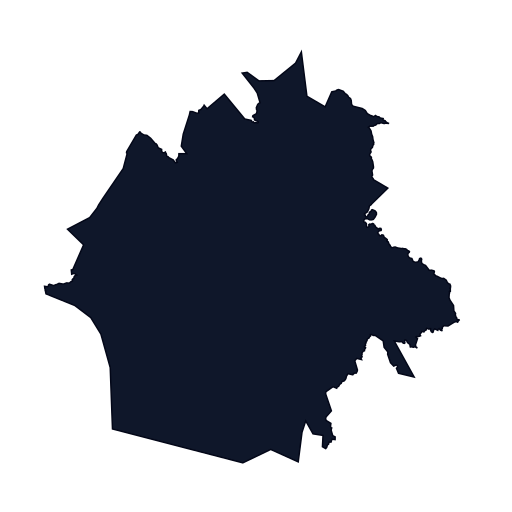 Nonoava, Chihuahua, Mexico (Mercator projection), rotated 5°
{"feature_id": "50627088B56778654963511", "entity_name": "Nonoava", "entity_type": "district", "adm_level": 2, "iso_a3": "MEX", "parent_name": "Mexico", "parent_adm1": "Chihuahua", "projection": "mercator", "projection_center": [-106.555, 27.45], "detail": "fine", "context": "isolated", "style": "filled", "palette": "ink", "viewbox_px": 512, "rotation_deg": 5, "n_neighbors": 0, "source": "geoboundaries", "source_scale": "gbopen_adm2", "svg_char_len": 6092}
<svg xmlns="http://www.w3.org/2000/svg" viewBox="0 0 512 512"><g transform="rotate(5 256 256)"><path d="M287.5,447.4L316.0,457.4L317.2,427.6L319.9,415.9L328.3,428.2L338.4,428.9L338.8,440.2L342.2,441.8L343.1,440.5L343.6,438.1L344.7,437.1L344.9,435.1L347.0,434.8L347.6,431.9L350.8,432.0L350.6,429.3L348.1,428.3L346.0,422.9L346.4,420.7L345.5,420.5L345.1,419.0L345.2,416.2L340.4,413.8L339.5,412.3L339.8,410.2L344.6,403.7L337.4,387.3L337.4,385.2L344.1,379.5L347.9,380.7L348.3,379.4L349.6,378.7L350.6,376.5L352.0,375.4L352.3,374.1L353.2,373.3L354.5,372.9L355.5,371.7L356.2,370.3L356.6,367.8L357.9,365.2L362.6,365.9L363.0,365.7L363.3,364.6L363.9,364.6L364.2,364.1L366.1,363.9L366.9,361.8L367.0,360.7L363.5,351.8L365.3,349.2L370.2,350.0L369.3,348.2L370.5,347.2L369.8,345.6L370.3,344.5L369.9,343.3L371.4,341.2L372.3,341.0L372.4,339.3L373.2,337.9L372.9,337.5L372.0,337.5L371.8,337.1L372.2,336.0L372.9,335.6L372.5,333.4L373.3,332.9L372.8,332.1L374.0,330.7L373.9,329.7L374.4,328.7L375.7,327.9L376.1,326.7L377.2,325.5L376.8,324.3L378.2,324.1L379.6,324.9L380.7,324.9L381.5,324.6L390.1,329.5L391.6,335.8L395.7,340.1L395.7,342.4L399.3,350.6L402.8,353.7L405.2,352.3L406.3,352.9L406.7,354.3L405.7,355.6L408.2,360.4L424.1,362.8L401.1,328.6L406.2,329.0L408.7,328.6L410.3,330.0L411.5,330.1L411.9,329.6L411.4,327.5L411.6,326.7L412.2,326.5L413.7,327.4L413.9,328.2L414.7,329.2L417.2,330.8L417.2,331.8L417.7,333.2L418.7,332.9L420.8,333.2L422.3,332.5L424.1,333.4L424.2,333.1L423.2,332.6L422.6,330.6L424.1,324.2L422.3,322.8L422.8,322.2L425.2,322.0L426.9,321.1L426.1,319.8L426.5,318.9L427.4,317.9L427.5,316.7L429.9,317.0L430.4,315.9L431.9,314.9L432.1,313.3L432.3,313.1L434.7,313.8L435.5,313.1L436.3,313.1L436.4,314.6L437.2,316.1L438.4,316.8L439.0,316.5L439.5,314.2L440.3,313.0L443.6,314.2L443.9,313.1L444.7,312.3L446.2,313.8L447.6,314.2L447.8,313.8L447.2,312.9L447.9,312.0L447.8,310.9L449.1,309.1L453.4,309.0L459.1,304.7L461.7,303.6L462.3,304.4L462.7,304.3L463.1,303.2L464.0,302.1L463.8,301.8L462.8,301.8L461.3,301.1L461.3,300.1L460.6,299.6L460.3,298.4L459.7,297.9L459.8,295.8L457.9,293.4L457.1,288.1L453.1,283.1L451.9,280.7L451.8,277.3L452.0,276.0L451.7,274.6L452.0,274.2L452.5,274.5L452.7,274.3L452.4,271.6L452.0,271.2L452.5,270.9L452.5,268.9L451.6,267.1L450.7,267.0L449.0,265.9L447.6,263.5L444.9,261.9L443.7,262.2L442.1,262.0L437.7,260.2L436.8,260.3L435.8,259.1L434.6,258.4L435.1,256.1L434.7,255.3L432.1,254.8L429.9,255.2L425.7,250.6L424.0,250.1L421.9,249.0L421.3,247.2L421.1,245.8L421.4,245.3L421.0,244.0L420.1,243.8L419.2,244.3L418.9,245.8L418.0,247.6L417.5,247.9L415.1,248.4L413.0,247.7L411.5,244.9L409.0,244.5L407.7,243.1L407.1,241.7L407.3,240.0L408.3,239.0L408.5,238.3L407.9,237.7L406.4,237.3L405.5,236.3L404.2,235.8L402.4,235.9L401.6,235.6L400.3,235.9L396.3,235.6L393.9,234.9L392.5,235.2L391.8,235.7L390.3,235.8L389.1,234.6L388.5,233.4L387.8,233.1L386.4,230.3L385.3,230.0L385.1,229.2L385.4,228.8L385.3,228.2L383.1,226.7L382.3,226.6L381.1,224.2L379.6,223.9L379.1,224.3L379.0,225.0L377.8,225.1L376.8,224.3L376.3,223.5L375.4,223.0L375.2,222.1L376.1,220.7L376.9,220.0L378.2,219.8L378.5,219.4L378.5,218.4L377.9,217.6L376.4,217.7L376.1,218.3L375.4,218.4L372.7,216.7L371.7,215.1L370.8,214.7L370.4,213.8L369.4,213.4L367.5,214.4L366.3,214.3L365.6,215.1L366.0,216.3L365.7,217.2L364.7,217.7L363.6,217.2L363.1,214.0L361.7,212.8L360.6,212.8L360.2,212.3L360.4,210.8L360.9,209.8L361.3,209.6L363.7,209.1L366.2,210.1L368.1,209.9L369.7,209.3L371.2,206.9L372.4,203.9L372.1,202.1L370.6,200.6L367.9,199.7L367.2,200.0L366.6,201.6L365.9,201.9L365.1,202.9L365.2,204.3L364.1,205.2L363.8,206.4L362.9,207.4L361.9,207.4L361.1,205.5L360.5,205.0L360.4,204.4L362.7,202.8L363.3,201.8L364.3,199.0L364.6,196.2L366.3,194.8L366.7,194.0L381.4,176.9L366.5,169.8L366.0,168.8L364.6,167.3L364.4,166.5L365.1,165.2L364.0,160.9L364.6,159.2L365.3,158.2L365.3,157.1L364.1,152.0L362.9,149.6L362.3,149.1L362.4,147.8L361.8,147.0L360.7,146.4L360.3,145.3L360.6,144.1L361.5,142.6L361.5,142.0L361.0,141.2L361.0,139.3L362.5,137.7L362.8,135.5L363.5,134.6L363.2,133.7L363.6,133.0L362.3,129.5L361.8,127.0L360.6,124.6L359.7,121.4L357.5,118.4L356.7,117.9L357.9,116.8L361.6,116.4L362.2,115.7L363.9,115.1L364.7,114.0L365.7,113.4L367.3,113.3L368.8,112.3L372.1,112.9L373.6,112.4L377.0,112.4L374.8,111.7L373.4,110.7L372.9,110.0L370.9,109.5L370.6,108.7L370.7,108.0L367.7,107.7L366.5,106.7L364.3,106.5L362.8,105.6L361.1,107.0L359.0,106.2L357.7,106.0L354.4,104.4L352.2,101.5L349.0,99.8L339.6,98.3L338.0,96.7L337.3,92.7L336.4,90.9L334.3,89.7L333.6,88.4L332.0,87.0L330.9,86.7L328.6,84.3L324.3,83.1L323.5,83.0L321.7,83.9L321.3,84.6L317.2,85.8L311.9,101.4L292.8,92.4L283.4,48.8L278.6,60.4L258.7,79.7L243.7,81.3L231.2,73.8L226.3,75.0L239.3,88.8L243.0,93.5L246.7,103.0L245.2,103.9L244.4,105.1L243.4,108.2L243.8,110.2L244.5,111.0L244.0,114.2L240.7,116.4L240.5,117.6L241.7,118.0L242.3,118.9L242.7,120.6L246.5,121.9L246.6,122.8L246.1,123.3L244.2,123.1L242.7,123.6L241.7,122.6L240.7,123.1L239.4,121.3L232.9,120.5L210.3,97.5L194.4,113.6L191.2,110.3L190.9,111.2L188.4,114.8L186.3,115.9L186.5,118.6L184.5,118.9L180.2,117.7L177.8,117.8L177.3,121.5L172.9,140.9L172.0,153.1L178.1,160.1L170.3,160.8L170.4,163.3L169.2,166.1L168.2,166.9L168.4,168.3L169.3,169.0L169.5,169.6L167.9,170.2L167.3,170.1L165.2,167.5L160.6,165.6L159.7,164.7L158.7,164.6L158.3,164.1L157.7,161.9L157.3,161.6L156.7,160.3L155.2,161.3L154.0,161.1L152.9,160.1L152.7,158.0L149.1,156.7L147.8,154.1L146.8,153.0L145.9,152.9L140.8,147.9L136.8,145.3L133.8,145.2L130.7,143.7L129.9,142.6L129.3,142.5L127.7,145.2L126.3,145.9L118.1,163.2L118.0,164.5L118.7,165.3L116.1,180.5L98.5,211.8L94.8,218.8L93.4,222.3L87.0,232.2L65.9,245.7L83.3,259.9L74.7,285.4L73.2,286.0L74.0,290.2L75.6,289.4L77.3,289.5L79.1,290.6L77.3,291.5L76.6,292.6L76.4,294.4L75.5,294.8L75.0,295.7L75.3,297.1L73.8,297.8L72.4,299.3L69.7,299.3L66.5,300.8L62.4,300.4L61.5,300.7L60.3,301.7L59.3,301.9L57.0,303.1L52.7,302.1L51.9,302.8L51.6,304.4L51.1,304.8L48.0,304.6L48.5,306.9L49.2,308.4L49.0,309.0L49.8,309.3L49.6,310.4L50.1,312.0L79.8,321.1L96.8,331.8L108.3,347.3L120.5,379.9L128.1,440.8L260.9,463.2L287.5,447.4Z" fill="#0f172a" stroke="#020617" stroke-width="1.5"/></g></svg>